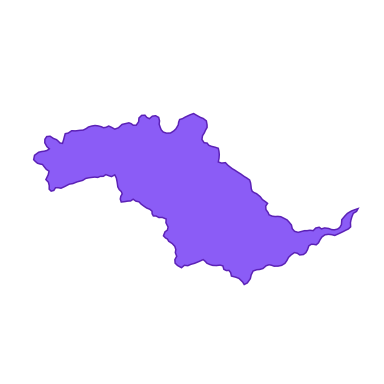 Dionísio, Minas Gerais, Brazil (Natural Earth projection), rotated 32°
{"feature_id": "56859067B79280844892773", "entity_name": "Dionísio", "entity_type": "district", "adm_level": 2, "iso_a3": "BRA", "parent_name": "Brazil", "parent_adm1": "Minas Gerais", "projection": "natural_earth1", "projection_center": [-42.668, -19.831], "detail": "fine", "context": "isolated", "style": "filled", "palette": "violet", "viewbox_px": 384, "rotation_deg": 32, "n_neighbors": 0, "source": "geoboundaries", "source_scale": "gbopen_adm2", "svg_char_len": 3598}
<svg xmlns="http://www.w3.org/2000/svg" viewBox="0 0 384 384"><g transform="rotate(32 192 192)"><path d="M345.0,137.5L342.6,134.0L341.6,131.4L340.7,128.2L340.1,124.6L341.8,121.3L341.6,118.1L339.5,120.7L337.2,123.7L335.1,127.8L334.4,131.1L333.7,136.1L336.0,140.5L336.1,143.7L335.1,146.3L332.7,148.7L330.3,149.9L327.2,150.5L323.5,152.2L321.3,154.7L318.5,154.5L316.0,157.0L315.3,160.5L312.2,162.0L310.0,163.9L307.9,165.2L306.0,167.2L303.4,170.0L299.8,171.0L296.5,170.0L293.8,167.3L290.0,166.0L287.5,165.3L284.6,165.5L280.4,165.9L277.7,167.2L275.6,168.7L272.8,170.0L269.4,170.5L267.4,169.1L264.0,167.7L262.0,164.9L262.1,161.6L259.3,161.3L255.7,161.1L252.3,159.8L249.9,159.5L247.6,159.2L245.1,159.6L242.7,159.5L240.5,157.8L238.8,155.6L236.8,153.2L234.5,151.3L230.9,151.1L228.0,151.2L224.1,150.9L219.7,150.9L216.8,150.8L213.7,150.9L208.2,150.3L204.8,149.4L201.8,151.8L198.4,152.6L197.0,149.0L195.3,145.8L193.2,143.1L191.1,141.0L187.8,141.8L184.2,143.0L181.4,143.5L178.9,142.5L176.2,143.8L172.6,142.2L171.1,138.7L171.1,135.3L170.7,132.4L170.6,129.3L169.2,127.1L166.5,124.1L162.6,123.7L159.4,124.3L155.6,124.5L151.8,124.6L149.6,127.4L148.0,129.8L146.4,132.3L145.1,134.8L143.1,137.1L143.7,139.9L144.8,142.4L144.9,146.9L144.2,149.8L142.5,153.4L139.2,155.6L135.8,156.4L133.0,155.6L130.9,154.1L128.2,151.9L126.8,148.9L124.2,146.4L120.7,146.6L118.2,148.7L117.0,152.4L114.1,152.7L111.4,151.8L108.7,153.7L107.8,157.3L109.5,160.7L109.3,164.9L106.8,166.5L104.0,166.3L101.8,166.8L99.7,168.9L96.9,171.7L95.6,176.5L93.2,179.6L89.3,179.8L86.4,180.2L84.9,182.6L82.9,184.4L80.5,184.7L77.3,185.7L74.5,187.0L72.0,189.2L69.7,191.8L68.6,194.4L66.9,197.2L64.1,199.2L60.7,202.0L57.5,203.8L55.8,207.6L53.6,209.7L54.4,212.5L55.4,215.6L56.4,219.4L54.1,220.4L51.8,219.8L49.4,219.4L46.1,220.0L42.1,219.9L39.4,222.0L39.3,225.2L41.1,228.3L44.9,230.4L48.1,231.0L47.1,233.5L45.1,235.7L43.1,237.3L40.9,239.5L39.0,244.3L40.6,248.5L43.0,249.1L45.7,249.5L48.3,248.8L50.6,247.9L53.0,248.8L56.4,250.0L59.7,250.1L60.9,253.5L61.5,258.9L65.0,259.8L67.5,262.2L69.4,265.3L72.1,265.9L74.0,263.9L74.0,260.7L76.2,259.3L78.9,258.2L81.1,254.9L83.8,250.3L86.5,248.0L89.1,244.4L93.1,240.1L94.7,236.8L97.0,234.6L99.2,232.8L101.7,230.8L104.3,229.6L105.9,227.4L108.5,225.7L109.7,222.9L112.7,222.3L115.6,221.6L117.4,218.4L120.4,220.2L123.3,223.3L126.4,227.0L129.0,228.5L131.8,229.1L133.8,230.6L133.9,233.4L134.9,236.0L137.3,238.0L140.3,235.6L142.3,233.8L144.7,232.1L145.9,229.3L149.3,229.5L152.2,228.4L155.2,229.2L159.0,229.5L162.1,229.6L165.5,229.0L168.3,229.5L169.7,231.6L171.9,232.8L174.3,231.4L177.4,231.2L180.3,229.3L184.4,228.6L186.2,231.9L190.3,234.4L191.3,237.3L190.2,240.1L191.0,244.3L193.8,245.0L196.1,244.9L198.3,246.1L202.6,246.2L206.2,247.2L208.8,249.4L210.0,252.3L213.1,254.6L213.3,258.4L215.4,261.3L218.6,262.0L223.2,261.8L224.4,258.2L227.5,256.7L229.4,253.9L232.0,251.1L234.8,247.2L237.3,243.4L240.0,243.8L242.3,244.5L245.3,244.1L248.4,243.3L251.6,241.5L254.6,239.1L257.3,238.3L260.0,240.7L262.8,240.4L264.9,238.9L267.5,239.9L270.0,242.4L274.4,241.0L277.7,240.4L280.4,241.0L282.7,241.5L285.3,242.8L287.1,239.8L287.4,234.6L286.1,230.9L285.7,226.6L288.1,223.6L290.4,221.9L292.7,219.3L294.0,215.2L295.9,212.9L298.1,212.0L300.9,211.4L304.2,209.3L306.9,206.7L308.6,203.3L308.8,199.9L308.5,196.3L309.4,192.7L311.0,189.1L313.8,188.1L316.7,188.3L319.6,186.0L320.7,183.1L320.5,179.6L319.6,175.8L320.8,173.2L322.9,171.9L325.3,171.0L326.2,168.1L325.9,164.6L326.0,161.4L327.4,157.9L330.1,155.6L333.2,154.1L336.1,153.2L337.5,151.1L339.3,148.4L341.2,145.4L342.6,143.0L344.2,140.5L345.0,137.5Z" fill="#8b5cf6" stroke="#5b21b6" stroke-width="1.5"/></g></svg>